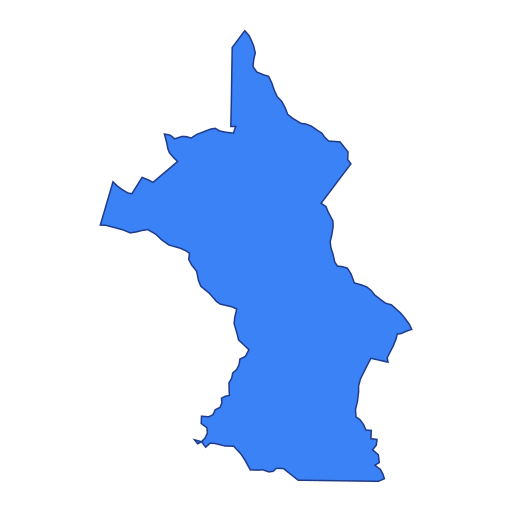 the district of Santa Tereza do Oeste, Paraná, Brazil
{"feature_id": "56859067B16251398457668", "entity_name": "Santa Tereza do Oeste", "entity_type": "district", "adm_level": 2, "iso_a3": "BRA", "parent_name": "Brazil", "parent_adm1": "Paraná", "projection": "albers", "projection_center": [-53.611, -25.02], "detail": "fine", "context": "isolated", "style": "filled", "palette": "blue", "viewbox_px": 512, "rotation_deg": 0, "n_neighbors": 0, "source": "geoboundaries", "source_scale": "gbopen_adm2", "svg_char_len": 2386}
<svg xmlns="http://www.w3.org/2000/svg" viewBox="0 0 512 512"><path d="M244.8,30.7L232.2,47.5L231.3,103.8L230.8,126.5L235.8,126.5L233.4,133.1L225.5,132.2L219.5,130.9L215.2,128.3L210.5,129.1L196.6,134.5L191.2,138.0L186.2,136.6L182.1,136.4L174.7,138.8L170.2,135.2L164.4,134.0L166.9,143.5L167.8,148.5L169.5,152.9L173.6,157.6L177.6,161.5L153.0,182.3L148.3,179.9L142.1,177.4L131.9,193.7L127.9,193.0L122.2,189.6L117.4,186.1L113.0,181.8L100.3,225.1L105.9,225.3L116.0,228.0L122.8,229.8L130.3,232.9L136.4,231.9L141.8,230.5L147.8,229.6L155.9,234.3L161.5,239.7L168.7,244.9L180.1,248.2L186.1,250.9L189.5,253.3L188.7,259.4L191.7,265.1L196.6,271.2L197.6,276.1L198.5,280.6L200.9,286.4L209.3,293.2L216.5,301.5L220.2,304.1L232.1,306.9L236.7,309.0L234.7,317.8L234.1,323.5L237.1,333.8L238.6,340.0L242.5,343.6L248.9,349.7L245.4,356.4L239.9,359.1L239.1,364.7L236.6,369.6L232.8,372.9L231.6,378.3L229.0,382.8L229.1,390.2L229.4,395.4L225.1,396.3L221.5,398.2L221.9,402.9L220.0,407.4L215.3,409.7L212.9,414.8L208.6,416.8L201.5,416.2L201.2,423.5L206.9,427.7L207.4,433.2L205.0,438.1L201.5,441.7L205.7,447.2L210.1,443.2L214.4,443.4L218.3,444.3L225.1,446.0L233.7,446.2L241.0,454.1L244.7,459.7L250.3,469.9L258.8,470.1L262.8,469.8L268.9,471.9L273.1,471.3L276.5,468.3L283.5,468.6L298.1,480.2L378.4,481.3L384.4,478.7L382.9,474.1L380.4,469.4L374.8,465.2L379.2,462.6L378.4,454.9L372.6,449.8L376.3,445.2L377.0,439.4L370.9,438.7L371.3,430.4L366.0,430.1L363.5,424.5L360.0,419.7L356.0,416.9L355.5,409.6L357.5,401.0L358.6,391.8L358.6,385.9L360.5,378.8L364.3,371.2L367.3,365.2L370.9,358.3L388.0,362.2L387.2,357.6L393.2,346.0L396.1,338.9L397.2,334.1L401.4,333.5L405.9,331.4L411.7,329.3L409.3,324.2L404.0,317.1L400.3,312.8L391.4,304.8L385.7,303.3L380.4,299.4L374.6,294.9L371.5,290.9L367.0,287.1L361.8,285.0L354.3,282.9L351.1,274.1L347.3,268.1L341.8,266.5L337.6,266.2L334.8,262.2L332.9,253.9L330.9,247.7L330.2,241.8L331.8,234.8L333.1,226.7L332.9,221.0L328.0,211.6L326.0,206.6L321.1,203.3L350.9,163.8L347.7,159.6L348.0,152.0L340.1,141.9L334.0,141.4L328.7,141.1L324.6,137.1L321.8,133.1L317.2,130.2L311.1,126.0L305.5,123.9L301.0,123.4L292.8,118.4L287.7,114.4L285.1,107.6L281.6,101.2L277.2,96.7L274.2,90.1L271.9,83.2L268.6,76.3L263.8,74.9L256.8,72.0L253.0,66.6L253.8,59.0L255.3,52.9L253.6,45.8L251.5,40.7L249.1,35.7L244.8,30.7ZM201.5,441.7L194.5,439.8L197.7,443.8L201.5,441.7Z" fill="#3b82f6" stroke="#1e3a8a" stroke-width="1.5"/></svg>